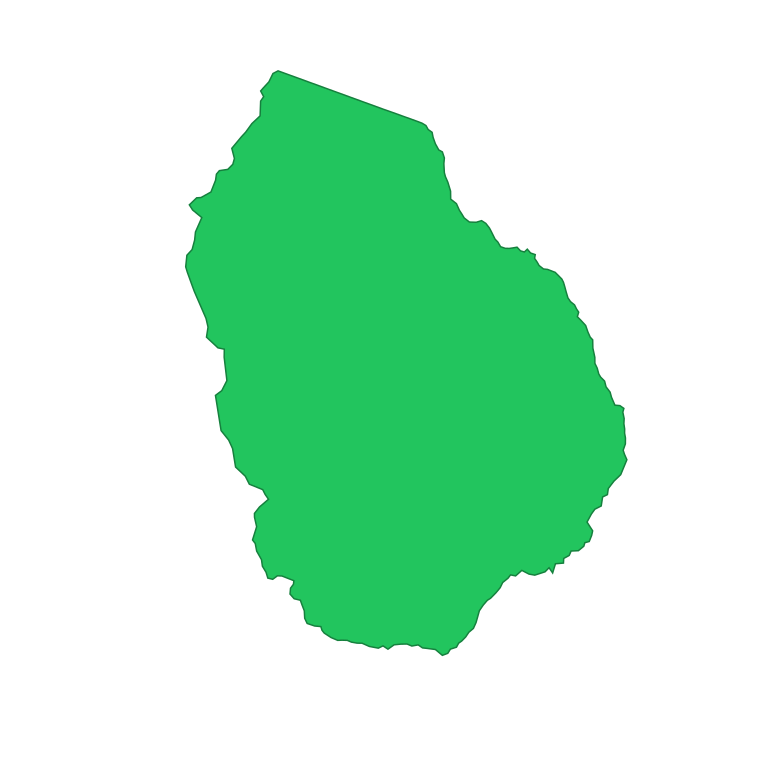 Betânia, Pernambuco, Brazil (Mercator projection), rotated 296°
{"feature_id": "56859067B94419093446187", "entity_name": "Betânia", "entity_type": "district", "adm_level": 2, "iso_a3": "BRA", "parent_name": "Brazil", "parent_adm1": "Pernambuco", "projection": "mercator", "projection_center": [-37.996, -8.262], "detail": "fine", "context": "isolated", "style": "filled", "palette": "green", "viewbox_px": 768, "rotation_deg": 296, "n_neighbors": 0, "source": "geoboundaries", "source_scale": "gbopen_adm2", "svg_char_len": 2919}
<svg xmlns="http://www.w3.org/2000/svg" viewBox="0 0 768 768"><g transform="rotate(296 384 384)"><path d="M619.0,151.5L614.4,148.1L605.1,148.1L597.1,145.7L593.3,144.7L589.5,149.9L584.2,149.1L570.7,155.1L560.1,151.1L549.8,149.3L543.8,147.5L529.1,143.9L521.1,150.7L515.2,151.8L508.4,149.5L503.6,142.5L499.1,141.4L493.3,143.3L480.7,144.3L471.4,137.8L469.2,134.0L459.7,130.5L456.5,135.7L453.7,147.3L438.0,147.9L430.4,150.7L420.7,152.6L413.3,150.4L402.4,154.4L398.4,158.1L388.0,168.8L383.9,173.1L364.9,195.3L358.0,200.9L348.3,203.9L343.7,218.9L345.3,225.2L338.0,228.6L318.2,241.3L306.9,241.1L299.9,237.5L270.7,258.0L265.5,269.0L259.6,276.2L244.3,287.0L240.3,299.8L234.9,306.9L235.9,321.3L232.7,325.5L229.8,330.7L218.9,326.0L210.9,324.3L207.5,326.0L199.9,332.1L186.2,334.2L184.2,338.2L178.0,342.8L172.4,350.9L166.9,354.6L163.1,360.5L158.6,364.7L159.7,369.6L164.9,372.3L166.7,376.5L167.7,389.2L164.3,390.4L159.5,389.5L154.0,391.6L151.6,397.4L153.0,403.6L149.2,407.5L145.2,411.8L138.7,415.4L135.1,419.9L136.1,427.8L138.3,433.6L135.5,436.2L133.9,439.5L132.9,447.6L133.3,454.8L135.3,458.5L137.5,463.4L137.7,467.8L139.3,473.4L141.4,477.9L141.7,485.9L144.1,494.7L148.2,497.9L147.4,503.8L154.0,507.4L157.6,513.2L160.4,518.7L160.7,523.9L164.5,529.1L163.7,534.3L165.2,538.5L167.9,546.6L165.7,555.4L169.9,559.4L174.8,559.9L179.2,564.5L183.8,564.7L187.0,566.5L192.4,568.3L198.1,569.1L203.5,571.5L209.9,571.3L215.5,570.3L222.0,569.1L228.8,570.1L234.9,571.7L238.1,573.7L245.3,576.1L251.8,577.7L257.6,577.7L263.8,580.6L267.9,581.4L269.2,586.4L276.9,589.6L276.7,597.6L278.3,603.3L285.8,611.1L291.2,612.9L288.1,618.4L297.6,616.9L301.7,623.8L306.0,622.0L311.1,625.6L315.9,625.4L319.4,631.8L325.8,634.7L329.4,634.1L332.4,637.5L339.0,637.0L343.5,635.9L348.9,627.0L358.0,627.4L363.9,628.4L369.6,632.7L378.3,630.0L382.5,633.3L388.4,631.4L397.6,633.3L406.3,636.5L422.4,635.5L426.2,631.0L429.3,628.0L436.0,627.2L441.3,624.7L445.3,621.8L449.1,620.0L453.5,617.0L458.2,615.0L463.4,611.0L467.2,610.3L468.0,605.5L466.2,600.8L471.8,594.3L475.8,590.8L478.8,584.8L483.3,581.0L485.1,575.8L487.1,572.7L491.7,568.7L495.0,564.5L500.4,561.8L507.8,556.0L515.2,552.2L516.5,548.8L520.1,544.5L525.0,539.6L527.7,532.7L529.2,528.3L533.9,527.5L535.8,524.2L538.6,520.6L539.8,515.5L542.0,511.6L546.8,507.2L550.5,504.0L554.1,500.7L556.3,497.8L559.4,488.9L558.7,480.8L557.3,476.9L558.5,471.4L560.7,468.2L562.9,464.3L566.6,463.2L566.0,458.3L568.0,453.7L564.2,452.3L563.5,448.3L565.3,443.6L562.9,440.3L560.8,437.2L559.1,433.5L558.5,428.6L561.5,424.1L562.9,420.3L568.0,413.7L570.4,410.4L573.0,405.1L573.6,400.1L569.8,396.0L567.0,389.8L568.4,383.3L570.8,379.6L573.2,375.6L577.8,370.1L579.4,362.9L586.5,359.3L593.3,353.0L597.3,348.3L600.4,345.6L608.3,341.2L613.6,339.2L618.2,334.7L618.4,330.6L622.4,324.9L627.1,320.1L631.3,316.9L632.1,312.1L634.7,308.4L635.1,303.8L634.7,299.3L631.3,268.1L630.7,263.2L619.0,151.5Z" fill="#22c55e" stroke="#15803d" stroke-width="1.5"/></g></svg>